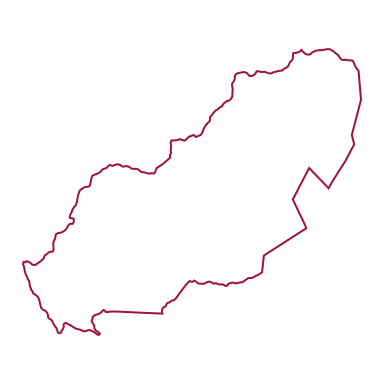 Iaçu, Bahia, Brazil (orthographic projection)
{"feature_id": "56859067B4300618576935", "entity_name": "Iaçu", "entity_type": "district", "adm_level": 2, "iso_a3": "BRA", "parent_name": "Brazil", "parent_adm1": "Bahia", "projection": "orthographic", "projection_center": [-40.195, -12.802], "detail": "fine", "context": "isolated", "style": "outline", "palette": "rose", "viewbox_px": 384, "rotation_deg": 0, "n_neighbors": 0, "source": "geoboundaries", "source_scale": "gbopen_adm2", "svg_char_len": 4780}
<svg xmlns="http://www.w3.org/2000/svg" viewBox="0 0 384 384"><path d="M26.4,261.2L25.3,262.3L23.7,261.9L23.0,264.2L23.8,266.1L24.3,268.6L24.6,270.3L25.3,272.6L25.7,274.5L26.6,276.0L27.3,277.3L27.8,279.3L29.1,280.8L29.5,283.0L29.8,285.8L30.8,288.0L31.3,290.1L32.5,291.2L33.0,293.1L34.7,294.3L36.1,295.3L37.7,296.7L38.5,298.0L38.8,299.4L39.4,300.8L39.9,302.5L40.0,303.9L40.6,305.8L41.1,307.8L43.1,309.9L44.9,310.5L46.0,311.4L47.1,312.6L48.0,315.2L48.1,317.3L49.6,319.0L51.1,319.6L52.4,321.3L53.2,323.4L54.1,324.8L55.2,326.5L56.6,328.5L57.4,330.8L58.0,332.6L59.8,333.3L61.2,332.4L61.4,331.0L62.6,329.6L63.3,328.1L63.8,326.8L63.5,325.1L64.0,323.8L65.7,322.8L67.8,324.0L70.3,325.1L72.5,326.6L73.8,327.4L75.3,328.3L77.1,329.0L79.2,329.5L81.1,330.0L83.0,331.1L84.5,331.3L86.3,330.9L88.2,330.2L89.9,330.2L91.9,330.9L94.1,332.2L95.7,333.2L97.1,334.4L98.9,334.9L99.8,333.5L98.3,332.2L97.1,331.3L95.6,330.4L94.4,328.3L94.3,326.0L93.4,324.0L92.5,322.7L91.6,321.1L92.4,318.7L92.9,316.8L94.3,315.5L96.1,314.7L98.8,314.0L100.8,312.8L102.1,311.4L103.3,310.1L104.7,310.4L105.9,312.0L107.7,312.1L110.2,311.6L115.0,311.5L119.7,311.7L126.4,312.0L130.5,312.2L138.6,312.6L162.3,313.6L161.9,311.1L162.5,308.4L164.1,307.0L165.8,306.2L166.3,304.4L167.7,302.8L169.6,302.4L170.7,301.3L172.4,300.5L174.1,300.1L175.7,298.6L185.6,285.2L189.6,281.1L192.2,281.9L194.3,280.6L195.9,281.5L197.1,282.6L198.9,283.6L201.3,283.7L203.9,283.8L206.1,282.8L207.3,281.9L209.0,281.6L210.7,282.0L212.2,282.8L213.7,283.7L215.7,283.1L218.0,284.1L220.0,284.5L222.3,284.3L224.0,285.0L225.3,285.9L227.3,285.6L228.2,283.9L230.5,283.1L232.5,282.5L234.2,283.1L236.6,283.4L238.2,282.9L240.0,282.4L242.6,282.1L244.2,281.0L245.5,280.0L246.8,279.2L248.2,278.1L249.8,278.0L251.4,278.0L253.3,277.4L255.1,276.2L256.9,275.4L258.5,274.7L259.6,273.9L260.9,273.3L262.1,272.1L263.9,255.5L306.2,228.3L305.3,225.6L292.8,199.4L293.9,197.5L300.1,185.4L309.2,168.0L328.6,188.3L332.7,180.9L345.4,161.0L354.2,144.3L351.8,134.9L357.1,114.8L360.4,102.0L361.0,100.0L358.6,71.1L357.4,69.2L356.2,67.8L355.1,65.9L353.6,62.3L352.6,60.6L350.2,60.3L348.3,60.3L346.7,59.9L345.2,59.8L343.4,60.0L341.7,59.6L339.8,57.8L338.6,55.7L337.1,54.3L335.8,53.4L333.7,51.5L332.1,50.5L329.7,49.1L326.7,49.2L324.8,49.6L322.0,50.2L320.6,50.2L318.9,50.2L316.8,50.6L315.1,51.0L313.6,51.7L312.1,52.5L310.7,54.0L309.1,54.6L307.1,54.5L305.8,54.0L304.6,53.3L302.6,51.3L301.4,49.9L300.3,51.2L298.6,52.1L297.1,52.6L295.6,52.9L293.4,53.0L292.9,54.9L292.9,58.5L291.7,60.6L290.1,62.0L289.4,63.4L288.2,66.1L285.9,68.0L283.8,68.8L282.3,70.5L279.7,70.8L277.5,71.2L275.6,71.8L273.9,72.1L272.4,72.8L271.0,73.5L268.8,73.3L266.5,72.5L264.6,71.8L262.4,72.0L260.8,71.9L259.3,71.5L257.5,71.1L256.3,71.9L255.6,73.3L254.1,74.9L251.9,76.0L249.5,76.0L247.9,74.1L246.6,72.8L245.1,72.3L243.6,72.1L241.9,72.4L239.9,72.7L238.0,73.2L236.4,73.9L235.0,75.5L234.7,78.7L234.2,80.6L233.0,82.2L232.0,84.0L232.3,86.9L232.7,89.5L232.4,92.1L232.4,93.6L232.3,95.8L231.9,97.5L230.7,99.1L229.0,100.6L226.7,101.1L225.5,102.2L224.2,103.1L223.0,104.4L222.2,106.0L220.5,107.0L218.7,108.3L217.0,109.9L215.4,110.6L214.3,111.9L213.1,113.3L211.6,115.5L209.9,117.4L210.1,119.7L209.3,121.7L207.7,122.9L205.8,125.3L204.5,127.3L203.7,128.7L202.8,131.5L201.5,133.8L200.6,135.0L197.8,136.2L195.8,137.0L194.4,135.3L192.9,135.2L191.4,135.9L189.6,136.5L188.4,137.2L187.3,138.1L186.4,139.3L184.6,140.6L182.8,140.2L179.9,139.1L177.9,139.9L176.4,140.3L174.0,140.5L171.8,140.3L170.8,141.7L170.7,143.7L171.3,145.8L170.9,148.4L170.7,151.3L171.0,153.1L170.0,155.1L170.2,157.4L169.2,158.5L166.5,160.9L164.6,162.5L162.9,163.9L160.6,165.5L158.4,167.0L156.8,168.0L155.9,169.9L155.1,172.1L154.0,173.5L151.7,173.1L150.0,173.7L147.2,173.3L145.8,172.8L143.5,172.3L141.2,171.9L139.6,170.7L138.5,169.6L136.6,168.8L134.1,168.9L131.7,168.7L129.4,167.0L127.0,166.1L125.0,166.3L123.1,166.7L121.7,166.1L120.1,164.9L117.7,164.2L115.2,164.9L112.3,165.9L110.0,164.9L108.4,165.9L106.8,167.7L104.8,168.6L102.4,169.5L100.5,171.6L98.9,173.0L96.9,173.8L94.2,174.8L92.0,176.2L91.4,178.6L90.8,181.5L90.1,185.0L89.2,186.3L87.5,186.8L85.7,186.9L84.2,187.4L82.7,188.4L80.9,189.5L79.8,190.6L79.0,192.6L78.4,194.3L78.0,195.9L77.6,197.6L77.4,199.1L77.2,201.0L76.5,203.1L75.8,205.2L74.6,206.5L73.7,207.7L72.5,209.5L71.9,211.6L71.0,213.2L70.3,214.8L69.8,216.4L69.9,217.8L71.6,218.3L73.7,218.7L73.8,220.4L73.7,222.1L72.6,223.9L70.9,223.7L69.5,224.2L68.2,225.6L67.3,227.4L66.4,228.9L65.0,230.2L63.5,231.4L61.5,232.4L59.3,233.0L57.5,233.2L55.6,234.9L55.3,238.0L54.4,240.0L53.4,242.2L53.2,244.5L53.5,247.1L53.5,249.3L53.3,250.7L52.3,251.7L50.5,251.7L48.9,252.3L47.6,253.4L46.2,254.6L44.8,255.4L44.1,256.9L43.8,258.3L42.6,259.4L40.2,261.5L38.5,262.8L37.1,263.7L36.0,264.6L34.2,265.0L32.2,264.6L30.3,262.9L29.0,261.9L26.4,261.2Z" fill="none" stroke="#9f1239" stroke-width="2"/></svg>